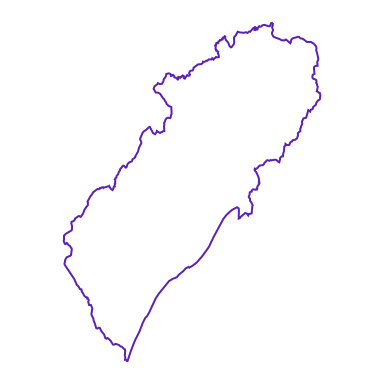 the district of Phookood, Xiangkhoang, Laos
{"feature_id": "54806243B98354561881715", "entity_name": "Phookood", "entity_type": "district", "adm_level": 2, "iso_a3": "LAO", "parent_name": "Laos", "parent_adm1": "Xiangkhoang", "projection": "equal_earth", "projection_center": [103.008, 19.594], "detail": "fine", "context": "isolated", "style": "outline", "palette": "violet", "viewbox_px": 384, "rotation_deg": 0, "n_neighbors": 0, "source": "geoboundaries", "source_scale": "gbopen_adm2", "svg_char_len": 5856}
<svg xmlns="http://www.w3.org/2000/svg" viewBox="0 0 384 384"><path d="M237.8,31.7L237.1,32.7L235.8,35.4L234.0,37.4L234.2,42.8L233.7,44.3L231.6,47.1L230.9,47.4L229.5,46.0L228.1,42.5L225.7,39.8L225.2,38.1L225.3,36.7L224.8,36.2L223.6,37.5L223.1,37.5L222.9,38.4L222.4,38.5L222.5,39.2L221.9,39.1L221.5,39.9L220.8,39.9L220.6,40.4L219.8,40.2L219.2,41.3L218.4,41.5L218.3,42.9L217.9,43.3L216.8,42.8L216.2,43.2L215.9,45.5L215.2,45.6L215.7,46.7L215.5,48.3L216.0,50.3L216.5,50.1L216.7,50.7L218.2,51.7L217.7,52.7L218.6,54.7L218.9,57.0L217.4,57.4L216.0,57.0L215.4,57.9L214.5,58.2L213.5,59.6L212.2,58.3L211.7,59.3L211.2,59.5L208.7,59.4L207.4,60.7L206.4,60.6L205.8,61.3L204.2,61.8L203.0,61.7L202.8,62.9L201.3,64.1L198.1,64.4L193.8,67.5L193.4,68.1L193.4,69.3L192.6,70.5L190.8,70.7L189.8,71.3L189.1,73.2L189.9,74.4L189.5,75.6L188.2,75.8L187.1,75.1L184.8,78.6L183.9,78.1L183.9,76.5L183.5,75.7L182.5,75.5L181.9,76.0L181.5,77.0L180.8,77.0L180.1,77.8L178.9,76.9L178.3,76.9L178.1,79.4L177.6,79.5L176.5,78.1L174.3,77.2L174.3,76.2L173.1,74.9L172.5,75.0L171.7,75.9L171.0,76.0L170.6,74.2L169.7,73.6L168.5,73.4L166.3,74.0L165.8,76.5L165.2,77.5L164.7,77.8L164.5,78.5L163.8,79.1L163.3,81.8L162.6,82.5L162.2,83.7L159.7,84.1L157.9,83.1L157.2,84.3L154.5,86.4L153.6,88.9L155.7,92.5L158.2,92.7L160.1,93.8L163.3,98.6L164.0,99.0L165.1,101.2L166.0,102.1L166.6,103.9L168.6,105.9L171.3,107.0L171.6,113.7L170.9,115.3L170.7,117.3L170.1,118.1L168.0,117.7L166.4,118.4L165.3,120.0L164.9,121.8L164.2,122.4L164.2,123.9L164.4,124.3L164.0,126.2L164.3,131.0L163.5,130.9L162.4,131.9L161.4,132.1L160.3,132.9L159.4,132.7L156.9,131.0L156.7,132.0L155.1,134.2L153.1,133.1L150.1,127.5L149.8,127.0L149.2,127.0L146.2,129.8L143.8,131.4L142.7,132.6L140.1,138.7L140.1,139.3L141.3,141.9L141.3,143.2L139.0,147.7L138.0,151.6L135.3,156.3L135.4,157.0L134.5,158.0L132.5,159.2L132.1,160.9L131.7,161.5L129.5,162.2L128.1,163.4L127.3,164.6L126.5,167.3L125.7,167.6L124.1,165.9L123.4,165.6L122.1,166.6L121.8,167.3L120.2,169.0L120.0,170.3L118.8,172.1L118.1,174.2L116.5,176.1L116.4,177.5L115.5,178.0L115.4,178.8L114.8,179.4L115.2,179.9L115.3,181.3L115.1,182.0L115.3,183.2L114.8,183.6L115.0,184.4L114.5,185.5L114.8,186.5L113.8,186.8L113.2,189.1L112.5,190.1L110.6,188.7L109.1,186.0L108.7,186.5L107.7,186.4L104.6,187.5L103.8,187.3L103.4,187.8L103.1,187.3L101.4,187.5L100.5,188.4L99.7,188.1L98.9,189.2L97.5,189.0L93.2,192.2L91.7,194.9L90.4,196.2L87.5,201.7L87.9,202.5L87.9,205.0L85.5,208.1L84.3,210.2L83.0,213.8L80.6,216.9L79.0,216.0L78.4,216.2L75.1,218.5L74.8,219.7L73.7,221.0L71.6,221.8L71.3,223.3L72.1,226.3L71.9,229.6L71.5,230.4L65.8,233.8L64.0,235.7L64.0,239.5L63.7,241.1L64.9,243.9L65.5,244.1L66.8,242.9L68.7,245.3L70.0,245.9L70.9,247.7L71.6,248.3L71.8,249.3L71.0,255.1L70.4,255.7L66.7,257.3L65.3,259.6L64.5,263.8L64.7,264.7L74.3,279.1L76.9,285.1L78.4,286.3L79.9,289.0L81.4,289.4L81.3,290.1L81.8,290.7L81.8,291.8L83.0,293.1L84.1,295.6L85.4,296.8L87.5,297.6L87.2,298.6L88.2,299.1L88.8,300.1L88.2,301.9L89.1,305.0L91.0,305.1L92.4,308.7L91.9,309.9L91.9,312.0L91.4,313.4L91.6,315.2L93.4,318.7L93.6,320.6L94.4,322.2L96.2,328.0L97.4,328.6L98.6,327.8L99.8,327.9L101.4,331.3L104.1,334.5L105.4,338.2L106.4,338.7L107.2,338.0L107.9,338.2L110.5,340.6L112.9,344.5L114.0,344.7L115.7,343.9L118.8,344.9L120.4,346.3L122.0,346.9L124.0,348.9L124.8,349.2L125.2,350.7L124.8,355.6L125.3,357.6L125.1,359.3L125.4,359.1L126.9,361.0L127.6,360.9L130.7,351.4L134.8,340.8L139.6,331.2L142.8,322.8L145.2,318.0L147.0,316.3L149.2,312.4L155.7,298.4L158.5,294.1L169.0,281.1L173.0,278.7L176.7,277.3L179.0,274.6L183.4,271.0L185.6,268.5L188.5,266.9L189.3,267.6L192.9,265.5L196.8,262.4L201.8,256.7L207.8,248.5L209.2,246.3L213.4,237.4L223.3,219.0L226.3,215.1L230.0,211.6L232.1,209.9L237.0,207.2L238.7,208.4L238.9,210.9L238.7,218.6L239.8,218.2L240.6,216.9L245.2,213.0L246.9,213.6L248.2,215.4L248.8,214.0L251.6,213.5L252.3,206.4L252.7,205.3L251.3,202.3L250.0,200.6L250.1,198.6L249.3,198.0L248.7,196.7L249.6,194.8L249.7,192.7L250.3,191.9L251.7,191.6L251.8,190.4L253.1,189.3L255.6,189.7L257.0,189.5L257.1,188.8L256.8,188.3L257.3,187.6L257.4,186.6L258.1,185.3L258.7,184.9L259.5,183.1L259.3,182.5L259.0,182.5L259.1,182.2L258.9,181.8L259.2,181.5L258.6,177.4L256.3,172.2L255.2,171.1L255.0,170.1L254.6,169.9L254.8,168.6L256.0,168.9L257.1,168.3L259.5,165.6L262.9,165.1L264.0,164.0L264.5,162.7L265.7,161.8L266.6,160.5L267.4,160.2L269.4,160.8L270.7,160.0L271.2,160.4L274.9,159.7L276.4,160.0L278.2,161.7L279.3,162.3L279.6,160.7L280.0,159.8L280.2,157.8L281.6,156.4L282.9,156.4L283.2,153.6L284.0,151.0L284.3,146.5L285.4,145.5L285.5,143.9L287.1,145.1L289.3,144.9L290.3,142.3L291.9,141.5L292.8,140.2L295.0,139.8L297.0,138.4L298.0,135.5L297.8,133.6L298.0,132.9L300.4,131.1L300.2,128.8L300.9,127.5L301.1,126.2L302.2,124.1L302.0,121.6L303.4,118.4L306.2,117.7L308.3,110.1L310.1,111.6L310.8,109.7L312.6,109.1L313.2,107.0L315.8,104.8L316.5,102.4L318.0,100.5L319.4,99.8L320.0,98.8L320.3,94.6L319.7,92.8L318.7,92.7L317.7,91.6L316.8,91.3L317.8,86.8L317.2,85.6L316.8,83.6L316.1,82.8L316.5,81.8L316.3,80.2L314.9,79.2L313.5,78.9L312.7,78.2L312.3,76.9L312.8,74.7L314.5,73.9L313.9,68.0L314.3,66.7L315.6,65.9L317.6,65.8L317.2,62.0L318.1,60.0L318.3,58.6L317.1,53.1L316.4,51.1L316.2,49.8L316.5,48.8L316.1,46.3L313.9,43.8L310.8,41.9L307.2,42.1L302.8,38.8L300.4,38.3L299.0,37.0L298.2,36.8L292.8,38.3L291.6,39.3L291.1,40.3L290.8,42.4L290.3,43.3L286.1,39.6L285.4,39.6L284.7,40.4L281.7,40.3L279.9,39.2L274.0,37.0L273.0,36.1L272.0,33.8L272.0,32.7L272.9,30.7L273.0,29.8L272.1,27.4L272.7,25.6L272.9,23.9L272.0,23.0L270.9,23.3L270.2,25.9L268.7,26.3L264.6,24.9L262.3,25.3L261.1,26.5L260.1,26.7L259.2,26.2L258.4,27.4L257.0,28.0L257.6,28.8L257.5,29.5L256.1,29.7L255.6,29.3L255.1,30.1L254.6,29.9L255.2,29.3L255.1,28.7L255.9,28.6L255.9,27.6L255.3,27.1L254.6,27.1L254.2,27.8L252.7,28.6L250.1,31.8L249.1,31.5L247.4,33.0L245.8,32.2L244.0,32.8L239.6,32.4L237.8,31.7Z" fill="none" stroke="#5b21b6" stroke-width="2"/></svg>